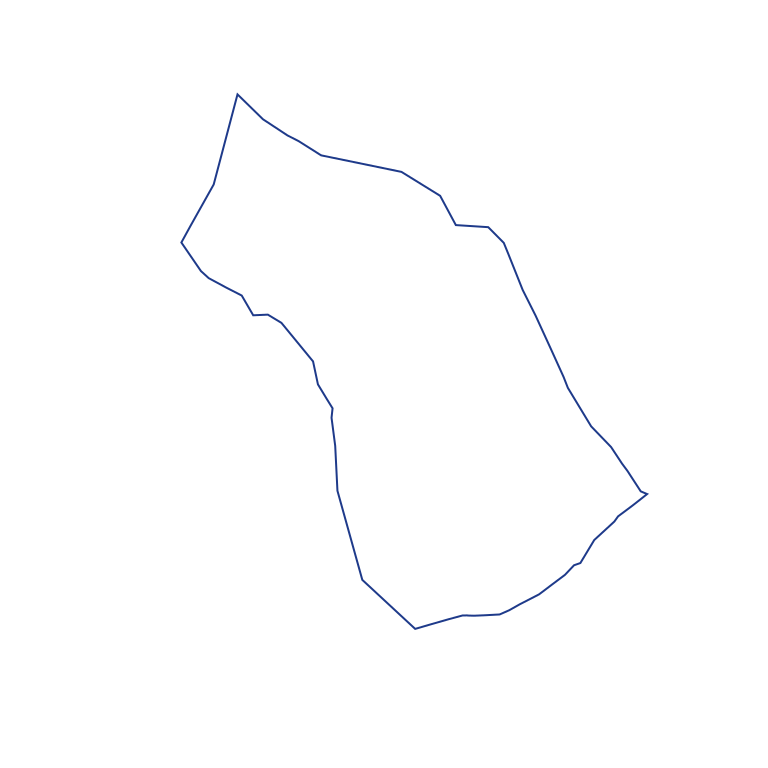 Ongon, Sühbaatar, Mongolia (Natural Earth projection), rotated 303°
{"feature_id": "93677404B32966935897254", "entity_name": "Ongon", "entity_type": "district", "adm_level": 2, "iso_a3": "MNG", "parent_name": "Mongolia", "parent_adm1": "Sühbaatar", "projection": "natural_earth1", "projection_center": [112.987, 45.441], "detail": "fine", "context": "isolated", "style": "outline", "palette": "blue", "viewbox_px": 768, "rotation_deg": 303, "n_neighbors": 0, "source": "geoboundaries", "source_scale": "gbopen_adm2", "svg_char_len": 970}
<svg xmlns="http://www.w3.org/2000/svg" viewBox="0 0 768 768"><g transform="rotate(303 384 384)"><path d="M547.1,103.4L458.6,132.5L411.2,135.6L392.3,137.0L379.0,169.0L377.3,179.4L378.9,198.9L380.7,216.5L370.4,236.9L378.9,248.8L379.4,264.7L364.3,312.2L347.7,328.8L340.4,343.9L335.6,354.1L327.1,358.4L305.5,376.8L269.1,403.1L207.9,472.5L195.6,543.5L195.8,543.7L196.0,543.8L196.5,544.3L208.1,554.3L221.9,566.3L232.6,575.9L235.3,579.9L235.4,580.3L238.7,585.7L244.8,594.3L253.7,606.5L262.4,612.2L273.3,617.9L292.0,628.6L307.2,634.1L322.5,639.7L335.5,642.1L340.8,646.2L367.7,645.3L394.1,652.1L400.5,652.4L417.6,658.7L430.5,663.1L435.0,664.6L433.8,657.8L443.7,635.5L446.9,626.9L454.8,608.8L461.3,580.8L480.9,540.3L487.7,530.8L504.0,505.3L523.9,473.9L538.4,449.1L560.8,417.4L567.6,407.6L572.3,386.0L556.4,357.7L572.4,328.6L571.4,283.1L541.5,206.7L541.6,206.2L541.5,205.6L541.2,180.2L539.9,167.7L540.1,138.3L547.1,103.4Z" fill="none" stroke="#1e3a8a" stroke-width="2"/></g></svg>